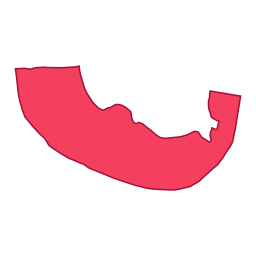 Alamoni, Tuvalu (Equal Earth projection)
{"feature_id": "33948139B55306304782384", "entity_name": "Alamoni", "entity_type": "district", "adm_level": 2, "iso_a3": "TUV", "parent_name": "Tuvalu", "parent_adm1": "", "projection": "equal_earth", "projection_center": [177.156, -7.249], "detail": "fine", "context": "isolated", "style": "filled", "palette": "rose", "viewbox_px": 256, "rotation_deg": 0, "n_neighbors": 0, "source": "geoboundaries", "source_scale": "gbopen_adm2", "svg_char_len": 1533}
<svg xmlns="http://www.w3.org/2000/svg" viewBox="0 0 256 256"><path d="M15.4,68.8L16.4,75.8L17.5,85.9L18.4,94.3L19.7,100.8L21.0,104.9L22.0,109.0L25.0,117.0L28.0,120.5L32.8,126.5L40.1,134.3L40.2,134.5L44.9,138.6L48.9,145.4L54.7,149.5L61.4,153.9L69.1,158.4L74.6,160.5L80.3,163.1L83.9,164.3L86.4,166.2L89.1,168.1L97.5,171.5L113.9,178.2L126.9,182.6L136.0,185.5L148.0,188.4L154.8,189.2L162.0,189.6L168.9,189.9L175.0,189.9L181.4,188.7L186.6,187.4L190.2,186.5L195.9,183.2L198.5,181.7L202.6,178.0L207.0,174.0L212.9,168.6L217.4,164.9L222.7,158.0L226.7,151.5L230.4,146.1L232.6,141.9L235.5,127.6L240.6,96.1L210.0,91.0L209.8,94.0L209.4,98.2L208.5,100.5L208.5,103.9L208.5,107.2L209.4,110.9L210.2,112.7L210.9,115.9L212.0,117.7L214.8,119.4L217.2,120.7L218.7,120.9L218.7,122.7L217.6,125.9L217.2,128.6L216.5,129.4L215.0,129.1L213.3,128.4L211.8,127.9L211.6,129.6L210.5,132.1L210.0,135.6L210.7,138.4L211.3,140.9L209.2,142.1L205.2,139.3L201.8,137.3L198.1,131.8L194.4,131.3L193.3,131.8L190.3,133.3L187.4,134.8L180.3,136.8L164.6,138.4L159.9,137.4L155.7,134.6L151.0,130.4L147.3,127.7L142.7,123.9L138.6,122.4L136.4,123.7L134.3,122.8L133.0,121.1L132.3,119.3L131.6,117.6L131.4,114.6L130.6,111.5L128.2,109.4L125.7,107.4L122.0,105.3L118.3,104.5L115.5,104.5L112.6,106.3L110.3,107.5L107.9,107.8L106.3,108.7L104.0,109.9L102.7,110.1L98.4,108.1L93.0,102.6L87.8,94.7L87.1,93.6L84.6,88.4L80.4,74.2L79.5,69.4L79.2,66.1L75.3,66.9L62.3,67.7L51.2,67.6L44.4,67.3L43.0,67.2L35.4,67.7L30.0,69.2L24.7,68.3L15.4,68.8Z" fill="#f43f5e" stroke="#9f1239" stroke-width="1.5"/></svg>